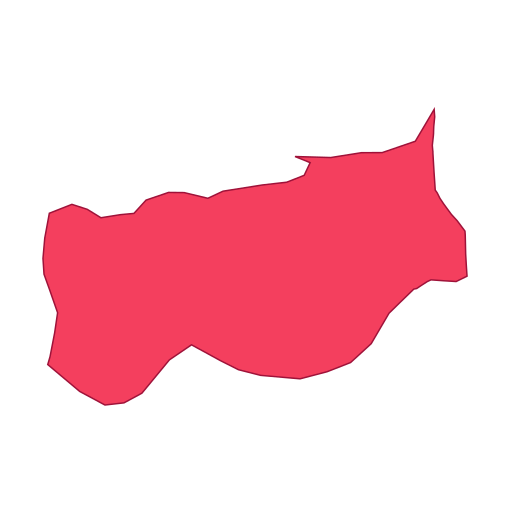 the district of Mathiatis, Nicosia, Cyprus, rotated 275°
{"feature_id": "46923920B42589878398501", "entity_name": "Mathiatis", "entity_type": "district", "adm_level": 2, "iso_a3": "CYP", "parent_name": "Cyprus", "parent_adm1": "Nicosia", "projection": "orthographic", "projection_center": [33.347, 34.962], "detail": "fine", "context": "isolated", "style": "filled", "palette": "rose", "viewbox_px": 512, "rotation_deg": 275, "n_neighbors": 0, "source": "geoboundaries", "source_scale": "gbopen_adm2", "svg_char_len": 1116}
<svg xmlns="http://www.w3.org/2000/svg" viewBox="0 0 512 512"><g transform="rotate(275 256 256)"><path d="M384.2,404.7L370.0,372.7L368.1,352.0L360.6,321.9L358.5,286.2L353.7,301.8L340.6,297.0L332.2,280.2L327.3,256.1L317.7,217.5L309.3,203.0L312.9,178.9L311.7,163.3L302.1,141.6L287.8,130.7L285.4,117.5L280.6,98.2L287.8,83.8L291.4,68.1L280.6,46.4L255.4,44.0L235.0,44.0L219.4,46.4L203.8,53.6L182.2,63.3L161.8,62.1L137.8,59.6L129.7,58.0L105.7,92.2L94.4,118.5L98.2,137.3L109.4,154.3L145.0,178.8L161.9,199.5L148.7,229.6L141.2,248.4L137.5,271.0L137.5,310.6L146.9,336.9L158.1,359.5L173.0,373.2L178.7,378.4L210.6,393.5L221.8,403.1L236.8,416.1L237.6,418.9L240.9,423.0L245.4,428.8L247.5,432.4L247.7,445.4L247.9,452.6L248.0,457.6L254.3,468.0L257.4,467.5L265.9,466.2L276.2,464.7L289.9,463.2L295.3,462.6L299.0,462.0L308.6,453.4L314.5,447.0L320.5,441.7L324.4,438.3L329.5,434.2L334.7,431.0L337.3,428.8L343.2,427.9L354.7,426.1L374.4,423.2L375.0,423.2L376.5,422.9L381.6,422.0L391.0,422.2L393.2,422.2L396.4,422.0L400.5,421.8L410.2,421.9L417.6,420.7L400.0,412.3L384.2,404.7Z" fill="#f43f5e" stroke="#9f1239" stroke-width="1.5"/></g></svg>